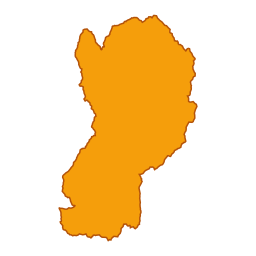 Huaylas, Áncash, Peru (Equal Earth projection)
{"feature_id": "86281439B81908215942962", "entity_name": "Huaylas", "entity_type": "district", "adm_level": 2, "iso_a3": "PER", "parent_name": "Peru", "parent_adm1": "Áncash", "projection": "equal_earth", "projection_center": [-77.846, -8.958], "detail": "fine", "context": "isolated", "style": "filled", "palette": "amber", "viewbox_px": 256, "rotation_deg": 0, "n_neighbors": 0, "source": "geoboundaries", "source_scale": "gbopen_adm2", "svg_char_len": 5691}
<svg xmlns="http://www.w3.org/2000/svg" viewBox="0 0 256 256"><path d="M87.1,29.0L84.4,29.3L83.1,30.1L83.0,32.1L80.7,34.6L79.9,36.6L79.7,38.6L79.4,39.7L79.4,41.1L79.1,41.8L78.1,42.6L78.2,44.0L78.0,44.8L77.6,45.5L77.6,47.1L76.7,49.1L75.6,50.4L75.7,51.2L75.2,52.7L75.4,53.8L75.2,54.9L75.4,56.7L76.6,58.2L77.1,59.4L78.4,61.5L78.8,63.2L78.8,64.6L80.1,67.7L80.6,68.5L81.8,68.9L81.5,71.1L80.8,72.0L81.8,73.4L81.9,75.2L82.6,77.5L82.5,79.2L82.4,79.6L81.4,80.5L81.2,82.6L79.2,84.7L79.6,85.7L80.2,86.2L81.1,85.9L83.1,86.8L83.3,87.2L83.1,88.0L83.1,89.8L83.7,90.3L84.2,93.4L85.1,95.3L85.4,96.4L84.9,98.1L84.1,98.7L84.0,99.1L85.1,101.0L85.6,100.9L86.1,100.2L87.0,100.2L88.0,101.1L88.3,101.7L89.0,102.0L89.9,102.9L90.2,104.9L91.5,105.9L91.7,106.8L91.3,108.5L91.4,108.8L92.9,109.6L93.8,111.4L94.2,113.0L95.4,113.8L95.5,114.1L95.9,116.3L95.1,116.7L94.4,117.6L94.3,118.0L94.4,118.5L94.1,119.5L94.3,120.5L93.1,122.0L92.9,122.9L92.6,123.2L92.2,125.1L91.8,125.9L91.6,126.7L91.7,127.1L92.8,128.0L93.6,129.5L94.3,129.9L95.4,131.9L95.5,132.7L95.1,133.2L95.0,133.8L95.3,135.5L93.9,135.5L92.5,136.7L91.7,136.7L91.2,138.4L89.3,140.0L89.5,140.8L89.0,141.2L88.6,142.3L87.3,143.4L86.7,145.3L86.2,146.0L85.5,146.5L85.7,147.2L85.0,148.2L82.2,148.5L82.0,148.9L81.4,149.0L80.2,149.9L79.8,152.5L79.4,153.3L78.0,154.8L77.1,157.0L76.7,157.6L76.5,158.9L75.2,161.0L73.6,162.4L73.4,164.5L72.8,165.9L71.0,167.7L71.0,168.0L68.3,171.4L65.6,173.1L64.9,173.9L64.2,174.4L63.0,175.6L62.7,176.5L62.7,177.5L63.6,179.5L63.8,181.1L63.3,182.7L63.3,184.5L62.4,186.7L63.1,188.1L62.7,188.8L62.3,191.4L64.9,194.4L65.2,195.8L65.4,196.1L67.1,196.9L67.7,197.6L69.1,197.4L69.5,197.5L70.3,199.5L70.5,201.0L72.2,204.9L73.3,205.5L74.7,205.5L74.9,205.6L74.9,205.9L73.6,207.2L71.4,208.1L70.8,208.2L68.9,207.8L67.2,209.0L66.3,209.2L65.0,209.1L62.5,208.4L59.6,208.2L59.1,207.5L59.3,208.7L60.3,210.6L60.8,211.9L61.0,212.9L61.0,215.8L61.4,216.8L61.4,217.4L61.0,218.6L61.4,220.3L61.3,221.1L61.2,221.4L60.2,221.9L60.7,223.3L61.5,224.0L62.8,225.8L62.6,227.2L63.2,229.4L64.3,230.0L65.4,230.1L66.5,231.2L67.7,233.3L69.2,234.0L69.8,234.8L71.1,234.8L72.8,235.8L73.9,235.3L76.5,235.6L78.1,235.0L79.4,233.9L82.8,234.8L84.8,234.4L85.9,233.9L87.4,236.6L88.5,237.0L89.6,237.0L90.9,237.9L91.7,237.4L91.9,236.6L92.8,236.1L93.3,235.2L94.6,235.1L95.5,235.5L96.3,235.2L99.4,234.9L99.7,235.2L100.5,236.2L102.0,237.2L106.1,237.4L107.0,238.2L108.2,240.6L108.4,240.6L109.5,239.6L110.9,240.0L111.1,239.3L112.2,237.7L113.0,237.2L113.5,236.5L114.5,236.4L117.7,236.8L118.4,235.2L120.2,233.3L121.0,231.0L121.1,228.5L123.1,226.5L123.3,225.3L123.7,224.3L124.1,224.5L124.6,224.1L126.2,224.1L126.5,224.2L127.1,225.4L127.7,225.9L128.2,226.0L129.9,225.4L130.1,225.7L130.4,227.7L131.6,227.0L132.6,227.0L133.4,226.8L134.5,228.3L135.3,228.7L137.4,226.9L137.7,225.9L138.2,225.0L139.5,224.2L139.3,223.0L140.0,220.8L139.8,219.7L139.8,217.5L140.3,215.9L140.2,214.4L140.9,212.6L140.9,211.0L140.4,209.8L140.4,208.4L140.1,206.7L140.0,204.3L140.3,202.6L139.7,198.4L139.9,196.5L139.8,195.3L140.1,193.6L139.0,188.1L139.2,186.9L141.0,183.7L142.1,181.3L141.3,180.2L141.3,179.9L141.6,179.4L141.7,179.0L141.1,178.4L140.7,177.0L139.3,174.4L140.8,174.3L142.8,173.6L143.6,172.8L144.5,171.4L145.9,170.3L149.4,168.6L149.8,167.3L151.0,167.0L151.7,167.2L152.6,167.0L153.1,167.2L154.3,168.4L154.4,169.4L154.7,169.7L155.4,168.9L156.8,168.4L158.2,166.9L160.5,165.2L162.3,164.7L163.1,163.8L164.0,162.0L164.6,159.6L167.3,156.3L167.5,155.8L168.4,155.7L169.8,156.3L170.6,156.4L171.9,154.0L173.1,153.1L173.9,152.2L174.2,151.6L174.5,150.5L175.7,150.0L176.2,149.6L176.9,149.5L177.5,148.6L178.7,148.4L180.8,147.3L181.2,145.3L181.7,144.5L181.7,144.0L183.1,143.2L183.6,142.5L184.4,142.5L185.1,142.1L185.8,141.2L184.9,137.6L184.9,136.0L184.1,134.5L184.9,132.3L185.8,131.1L186.1,130.0L186.2,128.1L186.1,127.3L188.9,122.1L192.0,122.3L192.8,121.9L193.2,121.5L193.7,120.0L194.7,118.4L194.8,118.0L194.7,115.1L194.4,113.4L194.5,112.7L195.4,109.6L196.9,106.5L196.3,104.3L194.9,103.5L193.2,101.6L190.7,102.1L189.6,102.0L188.6,101.4L188.6,98.1L187.5,96.0L188.7,95.8L189.7,95.2L190.2,93.9L190.2,92.1L191.2,89.5L191.3,87.8L191.0,87.2L191.4,85.5L190.8,84.5L190.7,82.9L190.4,82.4L190.5,81.7L190.9,81.0L192.7,79.2L193.0,77.8L193.6,76.7L194.7,76.3L195.1,76.0L195.2,73.3L194.2,72.0L193.5,70.1L193.0,69.3L192.9,67.4L192.7,66.3L193.6,64.8L194.0,63.4L193.5,60.7L194.9,59.5L195.0,58.4L194.3,57.8L192.7,55.8L191.8,53.4L190.3,51.7L189.9,50.9L189.7,49.4L189.5,48.7L188.3,48.4L187.3,48.8L186.6,49.6L186.1,50.7L185.7,50.9L184.8,49.8L184.0,49.1L183.2,47.9L182.4,46.0L181.6,45.7L180.5,44.6L179.1,44.6L178.3,43.8L178.1,42.9L178.2,42.3L177.3,41.0L176.2,41.2L175.3,40.8L174.5,40.7L174.4,39.7L173.9,37.7L173.4,37.3L172.2,35.1L172.2,33.8L171.3,33.2L170.4,33.0L169.8,32.3L169.9,30.2L170.1,29.4L168.4,27.9L166.5,25.7L164.7,25.3L162.0,22.0L159.6,20.3L158.8,19.3L157.7,18.4L156.5,15.8L153.9,15.4L153.4,15.8L152.0,17.8L150.9,16.7L150.2,16.9L148.8,16.8L147.9,18.3L146.0,18.7L145.8,19.5L144.8,20.8L142.3,22.3L141.1,20.6L139.5,20.3L138.1,18.6L136.8,17.6L133.9,17.5L132.8,18.0L131.6,17.9L130.6,19.0L130.2,18.9L129.5,19.5L128.1,19.9L126.3,21.0L126.0,21.6L125.1,21.3L124.8,21.5L124.4,21.7L123.5,23.3L122.7,23.4L120.0,24.3L118.3,25.4L115.3,25.7L114.4,25.5L113.8,26.0L112.6,26.1L112.3,26.4L112.1,27.7L111.0,30.7L110.4,31.7L109.8,33.8L109.8,34.4L109.3,34.9L108.6,36.0L107.1,36.4L105.6,37.5L105.1,40.0L104.7,40.7L104.3,41.9L103.7,42.5L103.4,43.9L104.3,46.6L103.9,47.0L103.2,46.7L102.8,46.9L101.9,48.5L101.9,49.4L101.4,49.7L101.0,49.5L100.6,48.7L100.1,46.5L98.6,45.4L97.4,44.3L96.9,43.4L95.8,42.6L95.4,41.3L95.4,39.9L94.9,38.9L93.9,35.8L93.4,34.8L92.6,34.3L91.9,33.2L91.5,32.5L91.5,31.8L90.2,31.7L88.8,31.0L87.1,29.0Z" fill="#f59e0b" stroke="#b45309" stroke-width="1.5"/></svg>